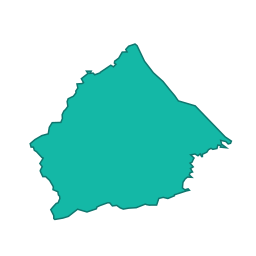 outline of Aguada, Puerto Rico, rotated 79°
{"feature_id": "32010507B12204404308150", "entity_name": "Aguada", "entity_type": "district", "adm_level": 2, "iso_a3": "PRI", "parent_name": "Puerto Rico", "parent_adm1": "", "projection": "equal_earth", "projection_center": [-67.173, 18.364], "detail": "fine", "context": "isolated", "style": "filled", "palette": "teal", "viewbox_px": 256, "rotation_deg": 79, "n_neighbors": 0, "source": "geoboundaries", "source_scale": "gbopen_adm2", "svg_char_len": 1893}
<svg xmlns="http://www.w3.org/2000/svg" viewBox="0 0 256 256"><g transform="rotate(79 128 128)"><path d="M160.6,29.0L159.7,29.9L155.3,34.3L135.8,47.0L135.2,47.4L119.1,57.8L115.4,64.9L111.0,73.4L109.1,74.3L105.4,75.9L105.2,76.0L98.0,80.0L89.1,84.7L83.9,88.6L83.7,88.8L78.6,92.6L68.8,97.5L65.6,99.1L48.9,103.4L47.1,104.9L46.9,105.1L47.8,111.7L50.4,115.2L53.1,114.4L52.4,119.2L57.7,123.8L59.8,128.3L61.7,129.0L63.1,127.7L65.2,130.6L63.1,132.9L68.0,144.5L68.5,144.8L69.4,150.5L67.5,151.7L67.1,154.9L65.2,153.3L64.3,157.9L66.8,156.8L70.7,164.4L75.0,163.0L75.6,164.7L75.0,169.7L79.2,169.6L81.8,172.2L83.5,172.3L86.4,175.5L87.8,181.1L90.4,182.7L95.3,182.9L98.0,185.9L99.1,187.7L102.4,190.1L106.3,190.6L109.7,192.9L108.3,201.4L112.3,205.1L118.5,207.4L119.0,214.0L121.6,221.5L124.7,227.0L128.2,226.8L128.8,224.5L132.0,224.2L133.8,222.3L140.6,218.1L141.1,217.1L141.5,217.1L146.1,221.3L149.6,219.6L152.9,222.2L153.9,222.3L159.5,220.9L160.0,218.1L164.5,214.9L171.5,212.5L174.2,213.4L177.2,209.0L180.4,209.1L181.7,208.2L184.2,208.3L188.1,210.9L188.4,212.9L191.5,217.1L193.4,219.4L199.8,217.6L202.8,218.1L203.8,217.3L204.0,209.1L203.4,203.4L198.1,193.0L202.6,184.3L201.3,174.5L199.6,173.5L198.8,170.4L197.5,162.2L198.0,160.2L201.5,158.2L201.8,153.8L204.9,150.9L206.7,148.1L206.8,142.5L207.8,135.1L206.0,125.5L206.8,124.3L207.7,122.0L209.1,114.6L203.0,111.2L202.8,106.7L204.8,102.3L203.4,95.4L202.4,95.1L200.9,82.7L200.8,79.6L199.2,80.6L199.5,84.0L197.2,86.0L191.8,84.4L188.9,81.6L187.5,79.0L188.6,74.7L185.7,76.8L183.7,75.5L183.5,73.0L179.7,74.4L178.6,71.4L174.3,73.8L173.7,71.6L171.2,69.9L170.1,68.9L166.3,71.6L166.3,67.2L168.6,64.6L167.2,62.1L170.1,61.2L170.2,60.4L168.0,60.0L166.8,55.3L164.6,53.1L163.8,50.4L165.1,48.8L165.1,44.6L161.9,43.1L162.8,40.3L164.4,41.0L166.2,35.1L161.7,39.2L157.8,39.4L160.0,34.5L162.8,32.7L162.6,30.3L160.6,29.0Z" fill="#14b8a6" stroke="#0f766e" stroke-width="1.5"/></g></svg>